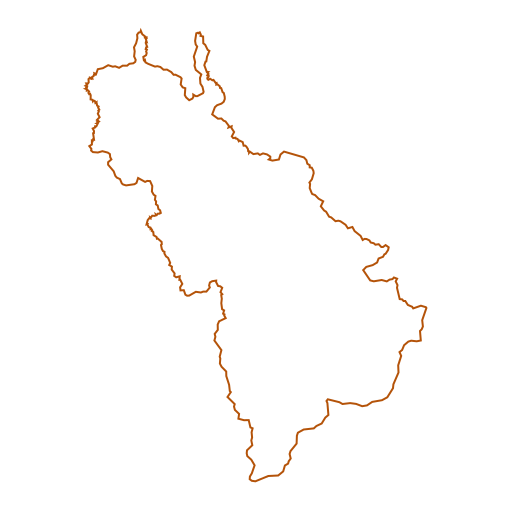 the district of El Carmen De Viboral, Antioquia, Colombia
{"feature_id": "7082276B81226439433985", "entity_name": "El Carmen De Viboral", "entity_type": "district", "adm_level": 2, "iso_a3": "COL", "parent_name": "Colombia", "parent_adm1": "Antioquia", "projection": "albers", "projection_center": [-75.289, 5.979], "detail": "fine", "context": "isolated", "style": "outline", "palette": "amber", "viewbox_px": 512, "rotation_deg": 0, "n_neighbors": 0, "source": "geoboundaries", "source_scale": "gbopen_adm2", "svg_char_len": 5883}
<svg xmlns="http://www.w3.org/2000/svg" viewBox="0 0 512 512"><path d="M196.3,33.3L195.1,40.9L195.7,44.5L197.2,46.6L193.8,56.6L195.1,62.1L194.5,65.7L195.8,69.9L201.3,74.4L200.0,77.9L200.4,83.6L202.5,86.9L203.6,91.8L203.0,93.2L197.4,96.1L195.7,96.1L193.3,94.6L193.4,96.8L192.4,98.6L189.2,100.2L186.1,97.4L184.8,95.1L185.3,88.2L182.7,87.4L180.7,84.5L181.6,78.5L180.5,77.2L175.5,74.7L173.6,74.8L171.3,72.1L167.0,69.6L163.5,69.7L160.4,67.0L157.4,66.2L155.0,66.6L148.1,63.8L145.5,62.4L145.0,60.2L144.4,60.9L143.9,60.4L143.3,56.9L146.1,55.2L146.7,53.0L146.1,51.6L146.9,49.6L145.7,49.1L146.2,47.3L147.2,46.9L145.7,42.9L146.0,41.6L146.7,41.9L145.8,39.0L146.7,38.3L146.6,37.5L145.6,38.0L145.4,37.1L144.8,37.3L144.7,36.1L142.3,34.3L140.8,30.7L140.3,32.3L138.6,32.6L137.1,34.7L137.4,38.2L136.1,43.3L134.0,47.3L134.7,51.3L134.1,56.4L135.7,59.9L135.2,61.9L133.3,63.3L129.4,63.8L127.1,65.7L122.6,65.7L119.1,67.8L115.2,66.3L112.8,66.7L108.2,65.2L102.9,68.2L97.8,69.2L96.1,74.0L94.6,73.4L95.1,74.7L94.0,74.6L93.7,75.9L92.1,77.0L92.4,78.5L90.4,77.8L90.7,78.6L89.4,78.2L88.5,79.1L88.7,82.4L88.0,83.4L86.3,83.4L87.0,84.7L85.6,85.7L86.6,86.1L86.2,87.3L87.0,87.1L86.6,88.5L85.6,88.8L86.9,89.4L86.8,90.6L87.9,90.3L89.1,91.5L88.4,92.9L89.2,94.2L90.1,93.8L90.7,95.2L90.6,99.4L92.5,99.8L92.9,101.3L93.4,100.6L94.7,100.9L95.4,102.6L96.1,102.3L95.7,103.2L96.7,103.2L97.1,105.6L98.6,106.5L98.1,107.6L99.3,109.7L98.3,110.6L98.8,111.5L97.8,113.7L99.6,117.2L97.1,119.8L98.6,121.2L97.4,121.4L98.1,122.1L97.0,123.0L98.0,123.0L96.3,126.4L95.1,126.3L95.0,127.5L92.7,128.5L94.0,131.0L93.9,133.1L93.1,133.3L94.0,139.6L93.1,139.3L92.7,141.0L91.9,140.6L91.9,144.5L89.3,146.1L91.4,148.9L91.1,150.5L92.9,152.1L97.9,152.5L102.4,151.2L107.8,152.6L109.9,154.1L110.2,157.2L111.4,159.4L108.1,162.2L108.1,164.7L113.7,171.3L115.3,175.8L116.8,177.6L120.0,179.1L121.8,183.4L123.1,184.5L126.1,185.4L134.5,184.2L136.5,182.9L138.1,178.0L145.1,181.9L147.2,180.9L150.1,181.1L152.3,186.0L151.9,191.5L153.7,194.7L155.5,195.9L154.9,199.8L156.1,201.4L155.9,204.3L157.7,205.5L158.4,209.0L160.1,210.3L161.0,213.7L160.2,212.8L159.5,213.7L157.8,213.7L156.7,215.1L155.8,214.4L156.0,215.2L154.7,215.9L152.2,215.7L150.9,217.6L150.2,217.2L150.5,218.5L149.2,218.2L147.7,220.1L146.5,224.5L147.4,224.3L147.0,225.1L147.5,224.7L148.7,227.1L150.3,227.5L150.5,229.1L151.2,228.7L152.2,230.2L151.8,231.0L153.3,232.0L153.6,235.2L156.5,236.9L156.9,238.7L157.7,238.5L161.6,241.9L161.8,244.2L161.0,245.0L161.8,248.9L163.0,251.1L164.5,251.8L164.4,253.5L166.0,256.4L168.1,257.9L170.2,262.9L169.2,265.0L171.9,266.6L171.7,269.6L174.6,273.4L174.2,275.9L176.2,277.3L179.7,276.3L179.4,279.8L180.2,279.7L182.3,283.9L180.1,287.3L180.5,290.4L183.8,290.2L185.4,294.7L187.1,295.7L189.2,295.6L195.8,291.8L200.9,292.5L203.2,291.6L206.4,291.6L209.8,287.5L209.1,285.5L209.9,282.5L212.2,281.2L216.2,280.6L216.1,282.1L218.1,286.0L220.3,286.3L222.2,287.8L220.5,292.2L222.3,294.2L221.2,295.0L221.8,298.7L221.3,303.2L222.1,309.2L224.1,310.4L223.1,313.7L224.5,314.4L224.2,315.5L225.7,318.1L219.1,321.3L217.7,324.5L217.8,329.9L214.7,333.9L215.4,336.8L214.4,340.5L221.4,350.1L219.7,356.7L220.3,358.5L219.9,363.6L221.6,366.8L226.2,371.5L226.3,376.1L229.1,384.8L229.8,391.0L230.8,392.1L227.5,397.0L234.7,404.1L234.0,406.6L234.9,409.9L239.1,413.9L238.4,418.7L244.0,420.2L248.7,420.1L250.4,427.4L252.6,428.3L251.6,432.3L252.1,437.5L251.3,440.5L252.3,445.2L247.0,450.3L246.7,453.3L247.3,456.1L251.3,459.7L254.6,465.3L251.8,473.4L249.9,476.5L249.7,479.2L251.8,480.8L255.4,481.3L268.3,476.0L278.2,475.5L283.2,471.4L284.9,465.5L288.1,463.6L288.7,461.3L290.7,458.5L289.6,454.0L290.5,451.1L296.6,443.6L296.9,435.7L297.9,432.7L303.7,429.5L313.8,428.4L316.4,426.0L321.7,423.5L325.3,417.6L328.4,415.0L327.4,403.0L326.5,401.0L327.8,399.3L339.4,402.2L342.5,404.0L350.2,403.1L356.1,403.9L362.2,406.2L367.0,405.4L372.2,401.9L382.0,400.2L387.3,397.3L393.0,388.2L393.4,384.3L398.5,372.5L398.2,365.3L401.2,355.9L399.5,352.1L402.1,350.0L404.1,345.2L408.3,341.6L411.2,340.7L416.7,341.3L420.8,340.5L420.0,331.0L421.7,329.3L422.9,326.5L422.2,320.2L426.4,308.0L425.9,307.2L420.9,305.7L413.2,308.4L412.2,306.8L407.8,304.9L405.3,301.0L403.5,301.0L402.2,299.4L399.7,299.1L397.0,287.8L397.5,285.1L395.7,281.4L397.1,278.7L393.9,277.5L392.5,279.1L389.6,279.6L386.8,281.4L381.7,280.0L373.8,281.3L370.2,280.4L363.2,270.1L366.3,266.9L372.7,265.1L377.1,262.5L378.6,258.5L383.0,256.8L384.4,254.3L385.6,253.8L388.1,250.0L388.7,247.3L385.6,245.1L383.0,247.0L381.3,247.0L378.7,244.2L375.4,244.7L373.7,243.2L370.7,242.5L369.4,240.4L366.5,239.0L364.5,238.9L362.7,240.0L360.6,235.9L354.6,231.1L352.4,227.0L347.9,228.3L345.6,224.8L340.5,221.3L338.3,220.7L335.5,221.2L331.2,217.4L329.1,216.7L326.1,211.7L324.1,210.5L320.8,206.3L323.2,201.3L318.6,198.7L315.1,195.1L312.2,194.0L311.5,192.6L309.7,188.1L310.1,183.9L309.4,182.6L311.9,179.3L313.7,173.2L313.4,170.9L311.8,167.7L309.7,167.4L309.7,165.2L307.3,163.7L306.4,160.1L303.9,157.4L284.0,151.6L280.5,154.5L278.9,159.5L272.4,160.6L268.8,159.5L270.3,158.2L270.3,156.6L267.0,154.4L263.0,153.4L259.9,154.9L257.8,153.4L253.4,154.1L249.9,151.7L249.1,152.7L249.1,151.3L248.2,151.2L247.9,149.0L246.3,146.5L245.2,145.6L243.6,145.7L242.7,142.1L239.4,140.5L238.8,141.2L237.5,138.9L235.7,138.5L235.5,137.7L233.2,138.1L231.8,136.4L234.1,132.0L231.4,127.9L231.6,126.3L228.5,127.5L229.0,126.1L225.5,121.4L223.6,120.7L221.4,118.5L218.0,118.7L212.2,114.4L214.9,107.2L217.1,105.2L221.5,103.6L223.7,101.8L224.8,99.0L224.7,96.7L223.8,93.0L222.6,92.2L221.2,88.1L220.0,87.9L219.8,86.3L217.4,84.3L216.3,84.6L216.5,82.9L215.7,83.0L213.5,79.9L212.4,80.3L210.2,78.8L208.3,79.8L207.3,78.7L207.5,77.3L208.3,77.2L208.7,76.2L208.6,75.3L207.4,75.1L208.3,73.6L207.3,72.6L208.1,72.0L206.7,71.7L204.3,65.2L205.5,61.6L206.3,61.4L207.0,56.8L209.4,50.9L207.7,49.9L205.2,44.8L203.3,43.3L203.1,36.5L200.5,35.9L200.8,34.5L199.8,32.4L198.7,33.3L198.0,32.7L196.3,33.3Z" fill="none" stroke="#b45309" stroke-width="2"/></svg>